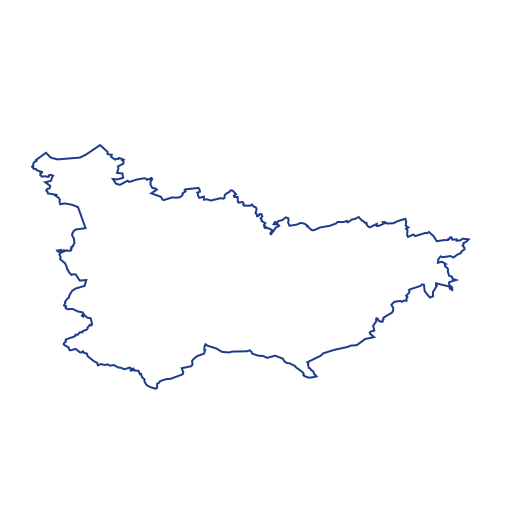 Newcastle West Lea-6, Limerick, Ireland, rotated 354°
{"feature_id": "5873133B14454086811136", "entity_name": "Newcastle West Lea-6", "entity_type": "district", "adm_level": 2, "iso_a3": "IRL", "parent_name": "Ireland", "parent_adm1": "Limerick", "projection": "robinson", "projection_center": [-9.078, 52.442], "detail": "fine", "context": "isolated", "style": "outline", "palette": "blue", "viewbox_px": 512, "rotation_deg": 354, "n_neighbors": 0, "source": "geoboundaries", "source_scale": "gbopen_adm2", "svg_char_len": 6021}
<svg xmlns="http://www.w3.org/2000/svg" viewBox="0 0 512 512"><g transform="rotate(354 256 256)"><path d="M447.6,310.3L447.8,307.9L445.4,305.1L445.0,303.1L445.7,302.1L452.5,300.8L449.0,299.2L448.8,297.1L446.0,295.8L445.1,291.4L445.6,290.0L445.3,288.3L442.9,285.8L442.9,284.4L444.0,283.9L440.2,281.1L436.2,281.7L436.9,278.5L439.5,275.7L441.6,276.7L449.3,276.4L452.5,278.1L456.2,275.7L460.2,274.4L460.8,273.0L464.0,271.2L464.2,269.6L462.5,267.2L463.7,266.0L463.6,264.9L466.5,263.8L469.2,261.7L463.5,260.4L460.8,261.8L457.1,261.8L457.3,260.4L453.0,260.3L452.5,258.1L451.3,257.6L450.4,259.0L449.3,259.1L449.5,259.6L448.4,260.3L444.8,259.8L437.3,260.2L434.7,254.8L430.5,250.2L428.4,251.3L427.1,250.7L416.4,252.8L414.7,251.1L409.2,252.9L408.5,251.3L409.3,246.0L408.1,244.5L410.5,243.5L408.1,241.6L408.9,238.0L408.4,234.6L400.5,236.1L396.1,237.8L389.8,237.4L387.4,235.6L385.7,235.6L386.8,237.1L381.1,238.9L379.2,238.7L379.5,236.7L372.3,239.4L370.8,238.5L369.2,236.2L369.4,234.6L367.9,234.4L366.3,232.4L365.1,231.9L362.2,228.0L357.9,229.6L355.5,229.6L351.0,232.1L350.3,231.8L350.1,230.6L346.6,231.4L340.8,230.7L339.1,232.0L332.7,233.7L322.8,234.3L316.6,236.3L314.4,236.3L311.7,233.6L310.9,231.9L309.8,231.9L309.6,230.4L306.9,228.6L303.7,227.8L299.6,229.1L292.5,229.4L291.4,225.9L292.1,223.9L292.0,221.8L289.5,220.7L286.1,223.1L281.7,223.6L280.5,225.2L278.5,224.2L276.9,226.2L281.4,227.1L282.2,228.4L278.3,230.1L275.9,233.2L273.7,234.9L273.5,235.9L272.8,235.8L272.7,234.9L275.1,232.1L272.0,230.1L269.0,228.9L268.1,229.2L267.5,228.4L268.7,228.2L267.1,226.0L268.7,224.4L265.1,221.6L265.6,220.7L264.5,219.1L266.4,217.3L265.8,215.0L263.9,214.7L263.0,216.2L261.2,216.5L261.1,214.4L260.0,213.5L261.5,209.2L260.9,207.6L258.7,206.5L257.4,204.4L255.8,205.4L249.1,204.6L248.7,203.7L249.2,202.8L248.3,200.8L244.8,201.2L243.6,200.4L243.9,195.4L240.5,194.9L240.3,193.6L242.5,192.5L239.8,188.7L237.6,188.0L236.3,189.5L233.2,190.7L231.3,192.1L230.7,195.0L229.6,195.6L226.9,194.8L217.1,196.1L213.3,194.6L210.1,194.5L210.3,191.5L205.7,192.3L204.6,189.7L204.8,188.4L204.2,186.8L207.0,186.2L207.0,184.8L205.9,182.3L192.8,182.3L192.0,182.7L192.7,184.4L190.1,185.6L189.4,186.4L189.5,187.5L186.8,189.5L183.0,189.7L178.7,189.0L169.9,190.8L168.7,189.8L167.8,187.3L158.4,182.7L164.3,179.6L163.3,178.5L160.1,177.6L158.6,174.4L158.8,171.4L160.7,168.9L160.0,167.4L159.2,167.3L159.9,167.8L158.9,168.1L159.4,168.3L158.9,168.9L157.4,168.2L155.6,168.9L154.7,167.5L152.7,167.0L144.6,167.6L138.4,169.0L137.3,168.9L136.3,167.7L128.1,171.0L124.4,169.5L121.7,164.5L126.1,165.3L132.0,164.4L131.8,160.0L126.5,158.9L128.2,155.0L128.2,152.4L133.8,150.3L134.2,147.8L133.1,147.1L134.3,146.3L130.2,144.2L129.4,145.1L127.2,144.7L126.0,145.4L124.0,143.8L122.2,142.1L123.1,140.3L119.0,139.1L119.3,136.9L112.5,129.4L97.7,137.3L91.2,139.7L68.8,139.2L62.3,136.8L57.9,131.4L47.5,137.4L47.9,137.9L47.5,138.7L45.7,139.0L44.1,141.0L43.9,142.7L43.1,143.4L43.6,143.9L42.8,144.2L44.3,146.2L46.1,146.4L47.2,147.9L52.0,150.1L51.7,150.9L50.3,151.1L50.4,152.5L49.9,152.9L51.4,154.7L54.5,154.6L57.4,155.6L58.3,155.3L58.4,154.2L60.1,153.8L62.6,154.9L61.1,156.9L60.3,159.3L59.4,159.9L54.1,160.6L58.7,164.8L57.8,167.1L55.2,167.6L54.2,169.1L55.3,170.1L55.5,172.0L63.6,174.2L62.7,174.9L65.6,177.2L66.8,179.2L66.3,181.3L66.7,184.1L70.5,183.7L73.0,184.2L78.6,185.9L84.1,188.8L89.4,210.5L79.3,210.8L77.2,212.3L75.4,214.9L75.4,216.6L76.7,219.4L76.8,224.4L75.4,225.9L75.1,227.2L73.2,227.8L72.9,228.9L73.4,229.0L72.7,231.1L69.6,231.3L68.3,230.5L66.8,231.0L65.6,230.2L65.0,230.8L65.8,231.3L63.3,232.0L63.1,230.2L62.0,231.3L61.7,229.7L58.8,229.8L59.4,230.9L60.5,230.6L61.5,231.3L61.5,232.9L60.6,233.9L61.5,236.3L60.9,238.7L65.4,243.3L66.9,248.3L66.7,249.3L67.8,250.4L68.0,252.0L70.4,255.5L72.9,255.0L74.9,255.7L78.1,262.0L84.7,262.2L82.4,267.8L73.1,269.5L69.3,271.6L66.3,275.6L65.5,277.9L63.6,279.0L61.3,281.7L61.5,282.5L59.9,285.1L61.9,286.2L61.2,287.8L62.9,289.2L68.0,289.4L73.1,292.6L77.6,293.9L78.4,295.2L76.7,297.3L77.7,298.2L79.2,296.9L81.8,299.7L85.1,300.7L85.9,306.8L84.7,307.9L83.7,307.1L81.0,309.5L81.0,310.5L79.8,311.6L75.9,312.6L75.3,313.8L72.8,313.5L70.5,315.7L68.4,315.4L67.6,316.9L58.3,319.1L57.8,319.8L58.1,321.0L55.8,322.8L55.6,324.1L60.2,327.5L60.3,329.5L61.2,330.4L67.0,329.6L70.6,333.2L72.1,333.8L73.9,332.7L74.8,334.3L77.6,335.4L78.1,338.1L83.7,343.6L86.9,345.7L87.3,348.2L90.3,347.3L94.0,348.5L97.2,348.3L99.4,349.8L103.2,349.6L107.6,352.6L109.7,352.9L113.3,354.9L118.9,353.7L120.4,355.6L119.2,356.5L119.5,356.9L121.2,356.7L120.5,355.7L122.2,355.1L123.5,357.3L127.0,357.8L128.2,361.3L129.2,361.0L130.1,364.7L132.3,367.2L131.9,369.1L133.6,372.8L136.9,375.2L142.2,377.5L143.7,376.9L144.4,372.6L146.1,372.1L147.6,370.4L153.6,369.1L158.3,369.2L170.7,366.0L171.5,364.3L170.4,359.8L179.7,358.9L181.4,357.6L181.5,353.5L183.1,352.0L186.7,349.6L194.2,347.6L195.1,345.5L194.8,344.1L195.2,344.0L194.8,343.7L195.4,340.5L196.5,338.5L198.5,340.2L207.4,344.1L212.1,347.8L218.9,349.1L222.6,348.6L237.0,349.8L240.0,349.2L241.3,350.6L242.0,352.6L243.2,353.3L248.2,355.5L252.8,356.2L256.5,358.5L264.6,357.1L272.1,361.0L273.1,363.6L275.2,365.5L278.3,366.3L283.5,369.6L283.8,370.6L290.2,376.4L291.2,378.5L290.6,379.3L291.3,380.3L295.8,382.6L301.2,382.5L302.3,381.7L303.2,382.3L303.7,382.1L301.3,379.0L300.9,376.8L298.6,374.9L298.3,373.6L296.9,372.9L296.3,369.8L296.9,368.3L296.0,367.0L310.1,361.9L312.7,359.8L324.2,357.5L338.0,356.0L340.2,355.1L346.9,355.2L355.9,350.0L364.9,349.0L361.3,345.2L361.1,344.0L362.5,343.0L365.8,342.6L365.2,337.6L368.7,333.6L368.9,331.0L369.5,330.3L369.2,330.1L369.7,330.4L369.7,330.8L370.3,331.0L371.3,333.2L373.5,334.5L375.1,334.5L375.3,333.0L376.2,332.4L376.2,330.7L385.4,326.5L386.5,324.9L387.1,322.2L385.5,318.7L388.7,316.0L394.9,315.8L396.5,316.8L398.0,315.9L401.0,316.2L401.3,313.7L402.3,312.8L401.3,311.2L404.5,308.5L404.9,307.1L404.5,305.9L405.5,305.3L416.6,302.9L418.1,301.7L420.0,302.1L420.1,308.6L424.5,315.5L427.8,314.6L428.2,310.4L432.7,304.6L431.9,303.8L432.2,302.0L445.2,306.6L445.4,308.8L447.6,310.3Z" fill="none" stroke="#1e3a8a" stroke-width="2"/></g></svg>